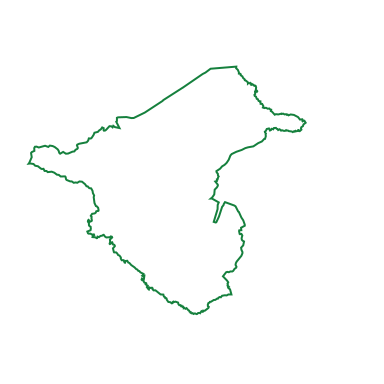 Mulanje, Mulanje, Malawi, rotated 63°
{"feature_id": "42251766B75579143939980", "entity_name": "Mulanje", "entity_type": "district", "adm_level": 2, "iso_a3": "MWI", "parent_name": "Malawi", "parent_adm1": "Mulanje", "projection": "mercator", "projection_center": [35.53, -15.905], "detail": "fine", "context": "isolated", "style": "outline", "palette": "green", "viewbox_px": 384, "rotation_deg": 63, "n_neighbors": 0, "source": "geoboundaries", "source_scale": "gbopen_adm2", "svg_char_len": 5982}
<svg xmlns="http://www.w3.org/2000/svg" viewBox="0 0 384 384"><g transform="rotate(63 192 192)"><path d="M95.0,227.6L102.1,227.6L99.2,231.2L97.3,232.1L98.3,233.4L96.9,234.0L95.9,235.7L97.6,240.3L97.8,241.5L97.4,242.6L96.7,242.7L95.0,241.7L93.7,242.7L94.8,244.8L95.0,246.8L95.7,248.6L94.9,252.0L96.4,253.7L98.2,256.8L98.4,257.9L97.4,259.6L99.1,261.2L99.9,263.3L97.8,270.6L97.7,272.7L98.1,273.3L100.9,273.7L101.5,274.6L101.5,276.6L102.4,278.4L101.8,280.2L101.5,284.9L100.6,287.0L97.8,288.6L98.0,292.1L96.9,292.5L94.6,292.1L93.0,292.3L89.6,293.9L87.8,295.3L86.1,297.6L86.6,299.6L84.1,301.9L82.8,308.3L81.0,309.9L80.4,311.4L81.2,312.6L83.8,313.8L83.7,316.6L84.2,317.7L88.2,319.0L92.1,323.7L92.6,324.7L93.2,323.1L95.1,320.5L97.4,319.8L99.1,317.6L102.4,316.1L103.4,315.3L103.9,313.8L106.3,313.8L107.2,312.1L108.8,311.5L110.2,307.8L112.3,305.9L115.2,304.5L116.3,302.9L118.5,302.0L120.5,298.0L121.3,297.8L123.2,298.4L124.3,298.3L127.3,295.7L128.0,294.3L130.1,293.2L130.7,291.3L131.7,290.0L131.5,287.5L132.9,285.3L136.6,283.7L139.0,283.4L139.6,282.4L141.9,281.8L143.0,280.2L145.8,280.1L148.0,280.8L150.7,280.8L151.9,281.9L157.6,283.9L160.9,284.0L161.4,283.4L163.4,282.8L165.8,283.5L166.3,284.0L165.7,286.0L166.7,287.2L166.9,288.4L166.1,290.9L167.3,293.0L168.6,292.7L169.5,293.4L171.8,294.1L172.3,294.7L172.2,296.2L169.9,296.8L170.1,297.5L171.1,298.2L173.0,298.0L174.8,298.9L175.6,298.9L176.9,298.1L178.8,298.8L180.0,299.8L179.7,303.2L181.6,303.4L182.2,303.0L183.1,301.3L184.5,300.5L185.2,298.7L186.0,298.7L186.4,300.6L187.0,301.1L188.5,298.7L189.9,297.9L190.0,297.5L188.9,296.4L190.0,295.4L189.6,293.5L190.1,292.0L189.9,290.4L190.1,290.1L192.1,289.8L193.6,289.0L195.0,285.7L194.7,284.5L195.5,283.7L196.3,283.8L197.1,286.7L199.3,287.6L200.7,288.9L201.1,288.8L201.2,288.0L200.4,286.6L200.6,285.9L202.9,286.2L203.7,285.3L204.6,285.1L205.3,285.4L206.3,288.0L210.1,288.9L210.5,288.8L211.4,287.0L212.9,286.5L214.5,286.5L215.7,285.5L218.0,285.1L219.0,285.7L220.9,285.6L221.7,283.9L224.2,284.1L224.6,283.8L224.4,283.5L223.3,283.2L223.2,282.8L223.9,280.9L225.9,280.8L226.8,280.0L229.5,279.3L233.1,277.4L235.4,276.7L236.3,275.9L237.8,275.7L238.6,274.8L240.1,274.5L243.1,272.3L243.5,272.5L244.0,274.4L245.1,273.8L245.2,272.6L247.8,274.4L248.0,274.8L246.4,275.9L247.2,276.7L247.9,276.5L248.6,275.1L249.6,275.7L251.2,275.5L252.3,274.3L252.6,274.2L253.3,275.2L255.3,274.0L256.2,275.4L258.9,274.9L259.3,274.7L259.0,274.4L257.9,274.1L257.5,273.5L258.7,272.5L259.1,271.1L260.0,270.8L260.6,271.3L262.2,270.9L263.0,269.2L269.0,266.5L270.4,264.1L272.4,264.5L273.4,263.8L274.4,264.0L274.7,263.3L275.3,263.0L276.5,263.4L279.2,263.0L280.4,261.3L282.0,260.6L282.2,259.8L281.3,259.1L281.2,258.3L281.9,257.9L282.2,256.5L284.2,254.6L285.9,255.0L287.1,254.7L287.6,253.6L288.7,253.6L288.8,252.8L290.0,252.7L290.0,252.0L291.2,251.7L291.9,252.1L292.1,251.3L293.1,250.8L293.0,249.6L295.8,248.9L296.4,248.4L297.6,248.5L298.4,247.7L298.9,248.1L299.9,247.5L300.2,246.4L301.3,246.1L301.5,244.5L302.9,243.3L303.0,242.6L302.6,241.5L303.3,239.8L303.6,239.7L302.5,237.7L303.5,237.1L303.6,236.4L302.8,235.9L303.6,234.6L302.8,230.1L302.0,229.2L301.0,229.7L299.6,229.1L298.4,227.8L298.5,226.6L298.0,226.0L298.4,224.9L298.1,221.6L298.7,220.2L298.4,218.0L298.8,217.4L298.2,216.3L298.2,214.9L298.9,214.1L298.1,212.3L298.9,209.7L299.9,208.0L299.8,206.1L301.2,203.4L296.0,202.3L294.1,203.2L293.0,203.1L293.1,202.2L291.2,202.7L290.4,201.9L289.7,201.9L288.9,200.7L286.8,201.0L281.2,202.7L279.0,198.0L279.2,196.8L280.2,195.6L280.2,193.9L281.1,192.2L281.0,191.1L279.8,189.0L279.5,187.0L278.8,186.3L276.7,186.3L275.3,185.2L274.3,183.8L271.3,177.0L269.5,174.9L268.4,174.3L265.9,174.2L263.9,173.5L262.8,170.6L259.7,168.1L258.4,169.0L257.2,169.3L255.7,168.8L253.6,166.9L251.8,167.0L251.4,168.4L251.0,168.6L248.2,167.8L247.6,167.3L248.4,165.4L246.1,164.5L246.0,160.3L245.0,159.8L240.5,159.2L237.2,159.6L231.0,159.3L230.4,159.7L224.6,159.7L223.3,160.4L216.0,167.2L217.2,169.2L218.1,170.0L218.9,171.9L226.2,179.2L230.0,184.1L229.9,184.8L228.5,186.2L218.9,177.0L215.2,175.0L213.4,172.9L206.9,177.2L206.4,178.2L206.0,176.4L204.3,173.3L200.2,170.7L199.2,167.7L198.1,166.1L197.1,165.7L193.2,166.5L193.5,164.8L192.1,164.1L192.4,163.5L190.6,161.9L190.3,161.2L188.9,161.3L187.5,160.7L185.6,161.1L184.5,160.8L184.0,156.4L182.8,153.5L182.6,150.7L181.8,148.0L179.9,144.6L176.9,141.2L176.2,139.4L176.3,134.2L177.1,128.6L177.1,124.6L177.6,121.9L179.2,116.6L178.5,110.8L178.7,106.8L177.5,103.5L177.8,102.8L175.8,100.9L174.0,100.2L173.5,99.6L172.0,99.9L171.3,99.7L171.1,98.5L169.8,96.8L170.3,94.6L172.6,94.6L172.6,93.4L172.0,92.9L171.9,92.1L173.0,91.2L172.2,89.9L173.0,88.1L174.1,87.9L174.6,87.3L175.9,87.1L175.8,85.6L176.7,85.0L177.5,85.0L177.9,84.4L177.9,83.7L179.3,82.3L179.8,81.2L179.6,80.1L180.3,79.8L180.7,78.7L181.7,78.1L183.4,75.6L184.4,75.0L184.2,73.4L184.9,73.0L184.5,72.0L185.2,71.6L185.6,70.1L185.0,69.2L185.2,68.9L186.3,69.0L186.7,68.4L186.1,66.2L184.7,66.0L183.9,65.2L183.7,63.3L182.4,62.0L181.9,59.3L179.5,59.5L179.1,60.1L179.3,61.3L178.9,61.4L178.0,60.7L177.3,60.7L176.5,62.9L173.4,63.5L169.6,66.2L167.7,68.9L167.5,71.2L166.4,71.6L166.4,72.4L165.4,72.8L164.9,74.3L163.6,75.2L163.2,76.7L162.8,76.7L162.1,79.8L160.7,82.0L160.7,83.2L156.6,84.3L155.7,85.0L154.6,84.1L153.9,84.9L152.7,85.2L152.2,86.7L150.5,87.9L150.1,89.4L148.9,90.5L148.0,89.4L145.4,89.5L144.6,90.8L144.0,90.4L143.2,90.6L142.3,89.9L141.1,91.3L139.2,91.2L138.4,92.0L136.1,91.7L134.9,92.5L133.8,92.3L133.4,91.2L131.0,90.2L131.0,89.7L132.2,88.8L131.8,88.1L131.1,88.2L130.4,89.1L128.0,87.4L126.5,87.1L125.8,87.5L125.7,88.3L124.5,88.5L123.2,89.4L123.7,90.0L123.4,90.6L121.9,90.3L121.2,90.6L121.4,91.3L120.5,92.2L120.7,92.9L119.7,92.4L117.5,93.3L116.4,94.2L115.7,93.9L113.5,94.7L111.9,94.6L110.1,95.6L109.5,95.2L108.7,95.2L107.8,96.5L106.7,95.9L104.0,95.7L101.8,96.5L100.4,95.6L90.6,119.5L91.7,125.8L91.7,128.9L94.7,151.7L97.1,175.9L97.5,176.9L99.8,198.0L99.6,210.4L98.5,212.6L95.5,216.3L91.9,224.0L91.8,225.2L94.7,226.7L95.0,227.6Z" fill="none" stroke="#15803d" stroke-width="2"/></g></svg>